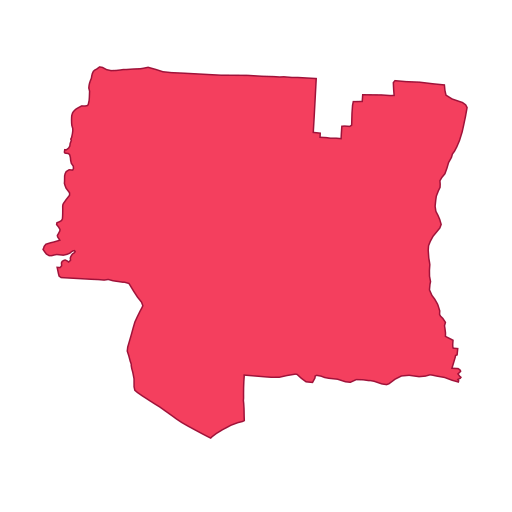 the district of Prey Kabbas, Takêv, Cambodia, rotated 184°
{"feature_id": "14789045B29637734688493", "entity_name": "Prey Kabbas", "entity_type": "district", "adm_level": 2, "iso_a3": "KHM", "parent_name": "Cambodia", "parent_adm1": "Takêv", "projection": "orthographic", "projection_center": [104.944, 11.157], "detail": "fine", "context": "isolated", "style": "filled", "palette": "rose", "viewbox_px": 512, "rotation_deg": 184, "n_neighbors": 0, "source": "geoboundaries", "source_scale": "gbopen_adm2", "svg_char_len": 4506}
<svg xmlns="http://www.w3.org/2000/svg" viewBox="0 0 512 512"><g transform="rotate(184 256 256)"><path d="M451.0,222.2L448.9,220.9L418.7,221.3L411.2,221.5L405.8,221.4L401.8,222.3L400.1,222.0L397.3,221.4L394.1,221.1L392.6,221.0L391.0,220.9L387.3,220.6L385.4,220.7L382.0,220.0L380.8,219.7L379.2,217.5L375.7,212.5L371.4,206.8L367.0,202.0L365.4,198.5L366.2,196.4L367.7,193.1L370.2,187.0L372.2,181.7L373.5,175.8L374.8,169.2L376.2,162.7L377.6,156.3L377.8,152.2L375.9,147.5L374.1,142.2L372.9,139.4L372.8,137.9L372.1,135.1L370.8,131.4L369.1,125.0L368.5,117.0L367.5,113.6L364.8,111.6L359.8,108.6L355.4,106.2L351.1,103.8L346.3,101.2L341.5,98.7L336.0,95.3L329.6,91.4L324.2,88.0L318.6,84.8L311.6,81.4L305.2,78.5L297.4,75.0L291.9,72.6L288.5,71.2L287.3,72.6L283.2,76.2L277.3,80.4L269.1,85.5L262.5,88.5L257.9,90.0L256.2,91.0L256.7,95.8L257.3,102.7L258.0,108.1L258.5,110.9L258.5,113.4L258.9,118.8L259.2,124.1L259.4,130.0L259.4,135.1L259.5,136.4L237.5,136.1L232.2,136.1L224.2,136.7L216.9,138.9L208.6,140.9L206.8,140.8L202.3,137.2L197.3,134.0L190.8,133.8L188.7,138.4L188.6,140.4L187.2,141.2L182.7,140.7L179.1,139.6L174.8,139.1L166.1,138.8L158.0,136.8L153.1,136.6L147.4,139.7L140.5,140.0L135.1,139.6L133.0,139.7L129.5,139.3L121.6,137.2L116.8,136.8L114.5,137.8L108.6,142.9L102.5,146.5L94.9,147.7L84.9,147.0L78.7,148.0L74.2,149.6L72.0,149.5L67.1,148.8L59.4,148.0L51.6,145.7L48.1,145.0L45.4,144.4L45.1,145.7L46.1,146.9L43.7,148.3L43.1,149.3L44.5,150.3L46.3,152.5L44.5,154.4L43.8,155.4L44.7,156.7L46.6,157.8L52.7,157.7L50.2,168.9L50.0,170.7L48.5,171.4L48.3,177.7L52.8,177.8L53.3,178.9L53.6,181.5L53.6,185.7L61.4,189.0L61.6,192.5L62.4,196.6L63.1,199.6L62.4,203.0L65.3,206.8L67.7,208.8L68.8,210.5L68.9,214.1L71.0,219.5L71.7,220.9L74.7,225.4L77.8,229.0L80.6,234.3L80.5,239.9L80.1,242.6L81.5,247.9L82.0,254.0L82.0,259.5L82.5,261.9L83.5,266.0L84.6,273.7L84.6,278.3L83.2,282.7L80.8,288.0L77.8,292.2L74.6,296.7L73.5,300.4L75.3,305.3L77.3,309.2L79.7,313.1L80.8,318.1L80.6,324.3L80.3,328.3L78.6,333.8L77.2,337.3L77.3,340.6L77.8,343.9L76.1,347.3L73.3,351.2L71.7,356.8L70.4,362.7L67.9,368.0L67.2,371.4L65.3,374.4L63.4,378.7L61.1,385.3L59.0,394.2L58.1,400.2L56.8,409.5L55.8,418.8L57.4,421.4L60.7,423.5L71.3,426.3L77.7,429.7L79.1,434.4L80.0,439.8L91.0,440.1L105.0,440.8L118.4,440.4L129.6,440.6L131.1,438.5L130.3,431.7L129.4,425.8L133.1,425.4L142.1,425.4L160.8,424.3L160.8,417.6L165.9,417.1L169.7,416.8L170.2,413.1L170.2,405.1L169.7,393.2L171.5,391.8L176.8,391.8L179.4,391.4L179.4,384.2L179.3,379.0L184.4,379.1L190.1,378.7L194.1,379.0L200.4,378.9L200.5,383.0L207.5,383.3L207.7,400.3L208.3,437.2L209.6,437.2L218.1,437.1L226.8,437.0L232.6,436.6L240.8,436.7L244.9,436.2L250.6,436.2L262.6,435.7L276.8,435.6L291.4,434.7L303.5,433.9L316.3,433.7L329.0,433.5L341.2,433.3L353.1,433.0L361.7,433.3L369.0,435.1L376.8,436.7L381.5,435.4L384.6,434.7L386.4,434.5L391.0,434.0L398.1,433.0L401.6,432.7L404.2,432.1L408.5,431.3L413.5,430.8L418.1,431.5L422.3,433.4L425.2,433.7L426.4,432.7L428.0,431.3L429.7,430.3L431.1,428.9L432.0,426.5L432.4,424.3L432.6,421.9L433.5,419.1L434.1,416.8L434.4,414.7L434.5,411.9L433.5,408.8L433.4,405.8L433.3,402.7L433.3,399.5L433.6,397.7L433.9,395.4L434.7,394.3L436.9,393.7L440.5,393.5L444.1,391.2L445.8,390.0L446.9,388.9L448.2,387.3L449.0,385.8L449.6,383.2L449.6,381.2L449.5,378.8L449.2,375.7L448.8,373.4L447.7,370.4L447.5,368.1L447.7,365.0L448.2,361.4L448.9,359.7L448.3,358.5L448.8,356.7L449.2,355.5L449.4,352.6L450.5,350.5L452.6,348.7L454.2,348.7L454.4,346.2L453.7,345.3L450.2,345.1L448.9,343.9L448.0,341.2L447.6,338.6L446.7,335.6L444.5,332.8L444.2,330.5L444.9,328.9L448.4,329.0L451.2,327.0L452.1,324.9L452.5,322.6L452.2,317.3L452.2,315.1L451.5,313.2L450.2,310.4L448.1,308.0L446.4,306.0L446.2,303.6L449.4,298.9L450.5,297.0L451.7,295.1L452.2,293.7L452.3,292.1L452.1,289.7L451.9,286.6L451.8,284.8L451.7,282.1L451.7,279.5L452.5,277.8L454.4,276.5L456.9,275.3L457.1,273.4L455.1,271.3L453.4,268.9L453.4,267.4L454.1,265.8L454.7,264.4L455.6,262.7L455.2,261.2L453.7,259.3L452.8,258.1L454.5,257.4L457.0,256.5L458.8,255.8L461.5,255.0L464.1,254.0L466.4,253.1L468.0,250.8L468.3,249.3L468.9,247.7L466.9,245.2L465.2,243.3L462.3,241.9L459.8,242.1L457.2,243.0L454.9,243.6L448.2,243.4L444.6,244.5L442.0,245.8L440.1,247.6L438.7,248.4L437.4,248.7L436.7,247.7L437.6,246.4L439.3,245.1L440.0,243.9L440.7,242.5L441.1,241.0L440.7,238.8L442.5,236.9L444.0,237.9L446.1,238.7L447.6,238.1L449.0,237.1L449.6,235.5L449.2,232.7L450.6,230.8L453.6,230.8L453.2,229.5L452.5,227.0L451.8,224.5L451.0,222.2Z" fill="#f43f5e" stroke="#9f1239" stroke-width="1.5"/></g></svg>